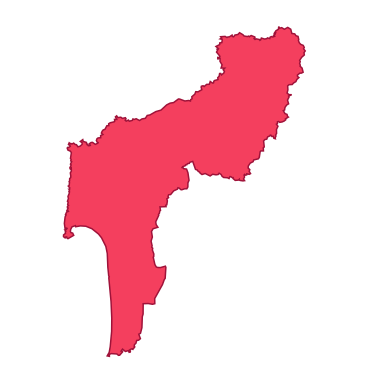 Cilacap, Jawa Tengah, Indonesia (Natural Earth projection), rotated 81°
{"feature_id": "22746128B37209370352000", "entity_name": "Cilacap", "entity_type": "district", "adm_level": 2, "iso_a3": "IDN", "parent_name": "Indonesia", "parent_adm1": "Jawa Tengah", "projection": "natural_earth1", "projection_center": [108.91, -7.462], "detail": "fine", "context": "isolated", "style": "filled", "palette": "rose", "viewbox_px": 384, "rotation_deg": 81, "n_neighbors": 0, "source": "geoboundaries", "source_scale": "gbopen_adm2", "svg_char_len": 5957}
<svg xmlns="http://www.w3.org/2000/svg" viewBox="0 0 384 384"><g transform="rotate(81 192 192)"><path d="M189.0,138.3L187.2,139.1L185.5,137.8L183.4,137.9L182.9,137.2L183.7,136.9L183.7,135.8L183.5,135.1L182.6,135.0L183.5,132.7L183.0,131.3L180.5,132.3L179.0,131.4L177.1,132.8L175.2,132.4L172.6,130.0L171.6,126.9L170.0,126.1L169.6,121.2L168.3,120.1L162.9,118.4L162.2,117.6L162.6,115.0L159.5,114.7L158.8,113.6L152.8,113.3L151.6,111.9L151.5,109.9L149.4,108.7L148.7,106.1L148.1,105.8L148.2,105.2L149.7,104.4L149.7,103.0L151.8,102.7L152.4,101.4L151.7,101.5L149.8,100.3L148.9,100.6L147.4,99.3L143.5,98.8L140.5,96.8L138.2,98.0L137.7,96.9L136.0,96.6L135.9,95.4L136.9,94.5L136.9,92.0L136.3,89.8L135.3,88.1L134.4,88.3L133.1,85.1L132.4,85.8L130.2,86.0L129.1,87.9L125.9,89.1L125.5,87.7L123.1,87.0L120.9,84.9L120.0,82.8L116.2,83.3L113.4,81.3L112.4,81.6L111.5,78.3L111.0,81.0L109.1,82.6L106.1,81.3L102.1,80.9L101.2,79.4L101.5,76.2L100.2,74.6L99.2,72.1L97.3,70.9L95.7,68.5L94.4,69.7L93.0,69.6L91.5,66.9L91.7,65.3L91.1,63.5L86.8,63.9L84.6,65.6L83.7,65.2L81.8,65.6L80.2,64.7L78.8,65.1L76.1,62.6L74.2,59.6L71.9,59.6L70.4,58.1L68.0,59.4L66.8,58.5L64.6,59.2L63.1,61.6L61.4,62.7L59.1,63.2L58.1,62.7L54.9,62.9L53.9,64.9L51.9,65.8L51.0,68.6L46.7,69.0L44.4,71.7L45.7,75.3L43.7,77.7L43.9,79.8L42.8,80.1L42.7,80.6L44.8,81.2L45.8,83.8L48.2,86.0L48.6,86.1L48.3,84.8L49.8,85.7L50.4,86.9L51.2,86.2L51.5,88.0L50.9,89.3L51.3,90.6L52.6,91.2L51.6,93.4L52.2,94.1L52.3,96.3L50.8,99.4L52.5,100.4L52.8,101.2L52.0,101.4L50.8,104.6L51.2,105.9L50.2,106.7L49.5,105.7L48.7,105.7L46.7,109.1L47.6,111.1L46.9,111.6L47.1,113.0L46.1,116.1L44.6,117.1L42.1,120.1L43.6,122.0L43.7,125.1L45.2,126.6L44.7,127.8L43.3,127.9L44.6,130.8L44.5,132.5L44.9,133.3L43.5,134.9L43.1,139.4L44.6,138.7L45.2,140.2L45.9,138.5L46.5,138.3L49.1,139.2L49.1,141.3L50.7,141.6L52.0,145.6L54.6,143.4L55.1,143.8L55.0,144.9L55.8,144.5L57.6,145.9L62.3,143.2L63.5,143.9L63.1,145.5L64.1,145.7L64.7,145.5L64.2,144.5L64.5,143.4L67.4,143.9L71.1,142.4L74.1,143.9L74.8,140.3L76.1,142.1L77.9,141.1L79.5,142.0L81.0,144.6L79.4,145.1L79.3,146.2L81.9,147.1L83.1,148.7L85.0,148.7L85.4,152.3L86.0,153.1L87.6,153.7L87.6,154.7L85.7,156.7L88.3,158.0L88.0,160.7L89.7,163.5L88.8,164.4L89.0,166.2L89.9,166.6L92.5,166.3L94.0,170.4L93.5,172.6L95.8,173.9L97.9,177.3L99.9,177.3L100.5,178.8L101.9,179.3L101.1,181.0L101.0,184.8L98.3,189.6L98.0,190.9L100.8,196.2L100.8,199.7L102.0,203.4L106.3,209.9L106.9,215.1L109.3,221.5L109.4,224.3L111.9,226.5L112.0,230.0L113.2,232.6L110.9,235.7L111.3,237.6L110.6,238.9L111.9,239.6L112.3,242.9L111.0,243.5L111.7,245.9L110.6,246.8L109.4,245.7L108.2,246.2L108.4,249.2L107.0,250.6L106.9,253.6L105.0,254.5L105.8,255.9L108.5,255.0L108.2,257.2L109.9,257.2L110.5,257.9L110.8,261.9L111.5,263.6L113.4,263.8L113.2,265.7L116.5,268.2L116.8,270.0L117.9,271.2L119.6,272.3L121.3,271.0L121.9,273.4L124.1,273.7L123.9,276.3L124.5,277.5L126.2,278.4L127.8,277.9L128.5,277.0L129.1,277.4L129.8,280.1L127.4,282.5L127.3,283.9L128.2,285.7L130.1,285.2L130.2,286.8L129.8,287.4L129.0,287.3L128.9,287.9L128.4,287.7L128.0,288.6L126.5,288.5L125.0,291.6L123.2,291.7L124.6,294.4L126.2,292.8L127.8,293.1L129.2,295.3L129.5,297.6L127.2,298.7L126.7,300.1L125.2,301.2L125.8,303.1L125.1,304.1L125.4,304.6L124.2,305.6L125.8,306.6L127.0,305.3L127.9,305.1L128.7,306.9L128.5,307.9L129.1,308.4L131.2,308.0L132.7,305.7L134.3,305.0L139.9,306.8L140.9,306.3L142.3,306.9L143.2,306.1L145.5,307.7L146.4,307.1L149.1,308.9L150.2,308.6L149.5,307.5L152.5,307.9L154.1,309.2L157.2,309.2L158.9,309.6L159.5,310.7L162.0,311.2L162.6,311.8L163.4,311.5L166.3,312.3L166.8,313.3L168.8,312.1L170.0,312.6L170.0,313.1L170.7,312.6L172.4,313.5L172.7,313.0L174.2,313.5L177.0,315.2L179.2,315.1L181.7,316.5L182.7,315.9L185.1,316.8L185.9,316.1L187.0,317.4L188.1,317.5L188.3,316.9L188.9,317.0L190.7,318.4L191.1,317.4L191.8,317.1L192.1,318.9L194.6,320.5L195.0,320.0L196.7,321.2L203.1,323.0L208.0,323.1L207.8,322.1L208.4,321.1L209.1,321.7L209.5,323.3L209.9,322.8L210.4,323.3L211.3,322.9L211.6,323.4L213.0,323.4L214.3,325.6L216.0,325.9L217.5,324.5L216.6,323.6L216.8,322.8L217.9,322.7L218.7,321.8L216.3,315.6L213.9,316.3L213.2,317.9L211.9,318.3L209.8,317.6L207.6,315.9L207.0,312.4L208.1,312.3L208.0,307.6L209.2,302.2L212.6,296.6L218.9,290.9L223.1,288.5L232.3,285.6L239.5,285.3L253.2,286.9L261.9,287.4L262.8,287.0L263.7,287.6L287.5,289.1L304.2,291.0L317.2,293.2L332.1,297.0L337.5,298.9L340.6,301.4L341.4,299.3L339.4,299.0L339.0,297.0L340.2,291.6L341.8,290.2L341.9,289.0L339.1,285.6L338.6,285.5L338.0,286.9L336.3,285.2L339.1,282.7L338.7,279.6L340.5,279.2L340.4,278.0L339.4,277.7L338.5,278.6L338.1,278.1L337.5,276.3L338.6,274.4L337.6,275.7L337.4,274.2L336.1,272.8L335.7,273.3L333.7,272.7L332.7,271.1L330.0,269.9L330.0,267.9L328.8,265.9L324.1,266.8L323.5,265.0L318.2,262.7L307.4,260.6L304.9,259.4L294.7,257.7L295.3,252.7L296.7,248.6L296.5,246.2L291.4,245.5L278.9,235.7L274.2,233.1L273.1,232.0L262.4,229.6L261.1,229.9L261.7,235.0L261.2,237.6L260.5,239.0L257.8,240.0L250.3,240.5L249.8,239.9L247.3,239.4L243.1,240.2L241.4,239.6L240.2,240.4L238.9,239.8L234.1,240.1L230.3,238.2L224.7,238.2L222.2,236.2L221.5,231.2L218.6,232.5L215.8,232.5L209.8,228.5L208.9,228.6L207.8,227.5L205.7,226.8L205.3,226.0L201.7,226.0L202.4,219.9L201.0,220.0L200.7,218.9L196.9,217.7L194.8,217.9L193.9,216.0L192.7,216.4L191.1,215.6L191.2,213.5L188.0,209.9L186.9,205.9L185.6,205.2L186.1,204.1L187.9,202.7L188.2,201.7L187.7,198.8L188.0,196.6L186.4,195.3L182.3,194.6L180.0,193.1L172.4,193.0L168.5,193.8L167.7,196.5L166.8,196.9L166.3,198.0L165.5,197.3L165.0,194.6L164.2,194.1L164.3,192.9L163.3,192.1L163.3,190.2L162.3,189.5L161.9,186.5L170.2,185.0L171.2,183.3L172.7,182.6L173.5,181.4L174.7,181.0L176.3,179.4L175.8,176.1L179.0,171.6L177.7,168.8L178.8,165.6L178.8,163.4L177.7,162.3L179.2,160.5L181.1,159.9L182.6,158.5L183.5,154.7L184.5,153.3L182.7,152.1L182.9,151.3L184.5,149.6L184.4,149.2L185.2,149.3L187.3,147.5L187.5,144.4L187.0,143.6L187.5,143.8L188.2,142.5L189.0,139.9L189.0,138.3Z" fill="#f43f5e" stroke="#9f1239" stroke-width="1.5"/></g></svg>